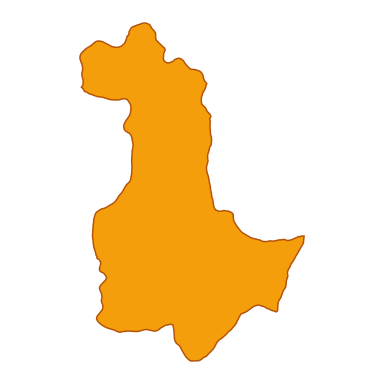 the district of VIII-2 Lower Potaro/Ladsm, Potaro-Siparuni, Guyana
{"feature_id": "73187651B19999842805850", "entity_name": "VIII-2 Lower Potaro/Ladsm", "entity_type": "district", "adm_level": 2, "iso_a3": "GUY", "parent_name": "Guyana", "parent_adm1": "Potaro-Siparuni", "projection": "robinson", "projection_center": [-59.037, 4.863], "detail": "fine", "context": "isolated", "style": "filled", "palette": "amber", "viewbox_px": 384, "rotation_deg": 0, "n_neighbors": 0, "source": "geoboundaries", "source_scale": "gbopen_adm2", "svg_char_len": 5926}
<svg xmlns="http://www.w3.org/2000/svg" viewBox="0 0 384 384"><path d="M206.8,83.6L204.9,81.5L203.8,79.2L203.0,75.7L202.4,74.1L201.4,72.7L200.4,71.6L198.8,70.8L196.8,70.1L195.3,69.7L193.9,69.4L192.3,69.4L190.7,69.2L189.4,68.2L188.4,67.1L187.1,65.9L185.4,63.8L183.3,60.6L181.7,59.3L180.0,58.5L178.3,58.2L176.4,58.9L174.8,59.5L173.6,61.0L169.7,62.7L168.2,63.0L166.5,62.6L165.1,61.6L163.9,60.5L163.3,58.3L163.6,56.0L163.7,53.3L164.6,51.4L165.2,49.6L164.5,48.1L163.0,46.8L161.0,44.9L159.5,43.4L158.3,42.3L157.1,40.9L156.0,39.8L155.7,37.8L155.5,35.8L155.8,33.9L155.1,32.4L153.9,30.6L152.4,29.0L151.2,27.5L150.6,25.9L149.5,24.7L147.7,23.7L146.1,23.1L144.7,23.0L142.6,23.2L140.7,24.0L138.7,24.6L136.7,25.3L135.0,26.0L132.7,26.8L131.4,27.8L129.2,31.3L129.0,33.0L128.6,34.9L127.2,36.1L126.6,38.2L126.0,40.1L125.3,41.7L124.5,43.3L123.1,44.6L121.8,45.8L120.3,46.6L118.6,47.2L117.0,47.4L115.0,47.2L113.5,46.9L111.6,46.5L109.6,45.3L103.8,42.3L101.5,41.4L99.9,41.1L98.0,41.0L96.1,41.5L94.4,42.7L93.1,43.9L91.6,45.1L90.2,46.1L87.2,47.9L85.8,48.8L82.9,51.6L81.8,52.7L80.6,54.5L80.1,56.1L79.9,58.4L80.7,61.0L81.4,63.0L82.1,64.7L82.4,66.4L82.7,68.1L82.6,70.0L81.8,73.5L82.0,75.7L82.4,77.8L83.0,79.6L83.2,81.5L83.1,83.6L82.9,85.3L81.4,87.1L83.4,89.2L84.5,91.4L86.2,91.9L88.0,93.0L89.5,94.0L91.3,94.3L93.3,95.2L96.8,96.4L98.7,96.7L102.5,97.3L106.6,98.5L108.5,99.1L110.8,99.7L113.1,99.9L116.6,99.9L118.0,100.0L119.9,99.6L121.5,99.1L123.5,98.8L125.5,98.8L126.9,99.5L128.2,100.7L129.3,102.6L130.4,104.4L130.8,106.1L131.0,108.3L130.7,110.3L130.6,112.0L130.2,113.7L129.5,115.4L128.2,117.4L127.1,119.0L126.0,120.7L124.7,122.9L124.0,124.7L123.7,127.0L124.1,128.9L124.9,130.3L126.2,131.5L127.6,132.3L129.3,133.3L130.5,134.6L131.5,136.6L132.0,138.3L132.2,140.2L132.7,141.7L133.0,144.0L133.1,146.4L132.1,151.1L132.1,153.1L132.1,154.9L131.8,157.2L131.6,161.8L131.9,164.0L132.0,166.1L131.8,170.6L131.7,172.9L131.5,174.8L131.0,176.9L130.7,178.8L130.3,180.7L129.2,182.1L127.4,183.9L125.9,185.6L124.6,187.7L123.9,189.2L122.8,191.0L121.7,192.7L120.3,194.3L119.0,195.7L118.0,197.3L117.0,199.1L115.7,200.8L114.1,202.7L112.0,204.0L110.3,204.9L108.5,206.1L105.9,207.6L103.9,208.4L102.0,208.8L100.0,209.7L98.3,210.9L96.8,212.0L95.5,213.5L95.0,215.4L94.2,217.7L93.7,219.5L93.6,222.2L93.2,224.8L93.1,226.5L93.0,228.6L92.8,230.9L92.7,232.7L92.5,234.8L92.5,236.4L93.0,240.1L93.6,245.7L94.0,247.6L95.4,251.9L96.1,255.2L97.1,256.7L96.9,258.2L98.6,259.2L99.7,260.4L100.5,262.0L100.8,263.7L100.3,265.5L99.6,267.5L99.4,269.8L100.2,271.3L101.6,272.2L103.2,272.9L104.4,273.9L105.6,275.7L106.5,277.3L106.0,279.3L104.9,280.8L103.7,282.0L102.6,283.1L101.2,284.6L100.3,285.8L99.5,287.4L99.6,289.0L100.5,291.3L101.2,292.8L101.9,295.5L102.0,297.6L101.4,299.5L101.4,301.6L102.1,303.2L102.7,305.0L102.9,307.3L102.6,309.1L101.5,310.7L100.2,312.3L98.9,314.0L97.7,315.4L96.8,317.2L96.6,319.3L97.5,320.9L98.6,322.3L100.1,323.7L103.1,325.9L105.0,326.9L106.5,327.6L109.5,328.7L112.7,329.6L114.4,330.0L115.8,330.9L117.4,331.5L119.2,332.1L120.8,332.1L122.5,331.6L124.7,331.4L127.8,331.0L135.6,331.5L137.5,331.5L139.4,331.2L140.8,330.8L142.2,330.3L143.8,329.8L145.4,329.6L147.1,329.5L150.2,330.3L151.7,330.5L153.5,331.0L155.4,331.1L157.4,330.4L158.7,329.7L160.2,328.4L161.5,327.6L164.4,325.8L165.9,325.2L169.0,324.7L170.6,324.2L172.6,324.8L173.3,326.6L173.6,328.7L173.9,330.3L174.2,334.5L174.3,336.7L174.5,339.0L175.0,340.7L175.9,342.6L177.2,344.0L179.1,345.4L180.1,346.6L181.9,350.2L185.2,355.8L186.1,357.1L187.4,358.4L189.0,359.9L190.5,360.9L192.3,361.0L194.0,360.8L195.7,360.9L198.4,360.8L200.2,360.1L201.7,359.2L203.1,357.8L204.7,357.1L206.4,356.2L209.1,353.2L210.5,351.9L213.0,349.2L214.0,347.9L214.8,346.5L215.5,345.1L217.3,342.0L218.6,340.5L220.0,339.3L221.8,338.2L223.1,337.1L226.3,334.2L227.8,332.5L228.8,331.4L230.2,330.5L231.7,329.0L232.7,327.6L234.3,325.9L235.4,324.5L236.6,322.8L236.9,321.1L238.0,319.8L238.8,317.8L240.9,314.1L242.6,313.3L244.5,312.7L247.6,310.9L248.9,309.9L250.2,309.0L251.6,307.8L253.2,306.7L255.2,305.9L256.6,305.4L258.8,305.0L262.0,306.1L263.5,306.4L265.4,307.4L267.1,308.5L268.9,308.9L270.6,309.9L272.0,310.5L274.4,311.1L276.3,311.9L277.4,310.9L277.7,309.9L277.6,308.1L277.8,306.5L277.9,304.8L278.1,302.8L278.7,301.0L279.7,299.3L280.9,297.5L281.4,295.9L282.2,293.9L282.7,292.1L283.9,289.8L285.0,288.2L285.7,286.6L286.1,284.3L286.1,282.5L286.4,280.7L287.8,276.3L287.5,273.8L287.5,271.9L288.2,269.9L289.5,267.7L291.2,263.7L292.5,262.1L294.6,258.6L295.9,256.0L297.2,254.1L298.1,252.4L299.1,250.6L301.2,247.0L302.2,245.1L303.1,243.8L303.5,242.1L303.8,238.8L304.1,236.1L301.6,236.0L300.1,236.6L298.4,236.6L296.9,237.4L294.9,238.2L293.0,239.2L291.5,239.8L289.6,240.2L287.8,240.6L286.2,240.1L284.5,239.5L282.8,239.5L281.0,239.9L279.4,239.9L277.8,240.1L276.2,240.6L273.0,241.2L271.2,240.9L269.1,241.0L267.0,241.6L265.5,241.6L263.6,241.5L262.1,241.2L260.8,240.4L259.0,239.8L257.5,239.5L256.1,239.0L252.5,238.3L250.7,237.6L249.2,236.7L245.5,234.6L244.0,233.6L242.4,232.7L240.8,231.2L238.7,228.6L236.7,225.9L235.4,223.7L234.2,221.8L233.5,219.8L233.4,217.7L233.3,215.7L232.9,213.9L231.8,212.7L230.5,212.0L228.7,211.2L226.7,211.0L223.6,210.5L221.8,211.1L220.1,211.3L218.1,211.0L216.0,210.0L214.6,208.6L213.9,206.5L213.5,204.9L212.9,200.5L212.4,198.5L211.7,196.4L211.5,194.6L211.4,193.0L211.0,191.3L210.5,189.4L210.3,186.7L209.7,183.8L209.1,181.1L208.7,178.2L208.1,175.6L207.3,173.4L206.8,171.3L206.5,169.5L206.5,167.5L206.8,165.0L207.6,162.9L208.0,160.9L207.7,159.3L207.6,155.9L207.9,153.8L208.7,151.7L209.3,149.2L209.7,147.2L210.6,145.9L211.3,144.3L211.4,141.9L211.6,140.3L211.5,138.3L211.1,136.3L210.5,134.2L210.4,132.1L210.2,129.5L210.0,126.9L210.1,124.4L210.1,122.7L210.3,121.1L209.6,118.8L210.7,117.3L210.7,115.6L209.6,113.9L208.0,112.3L206.9,110.8L206.1,109.1L205.1,107.3L203.2,105.6L201.8,104.2L201.4,102.4L201.3,98.2L201.7,96.6L202.4,94.3L203.0,92.5L204.0,90.9L204.8,89.3L205.6,87.4L206.0,85.4L206.8,83.6Z" fill="#f59e0b" stroke="#b45309" stroke-width="1.5"/></svg>